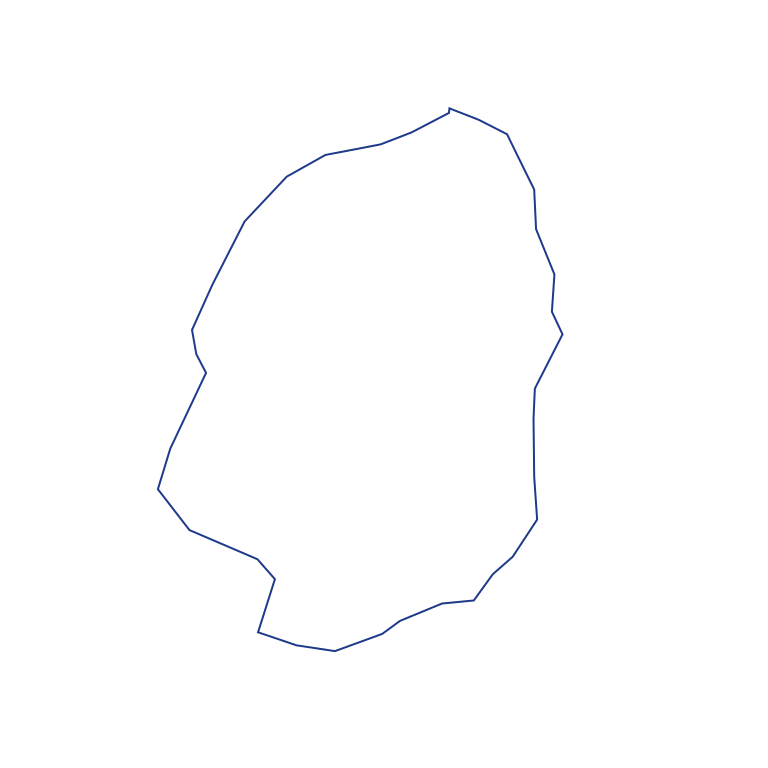 Olofström, Blekinge, Sweden, rotated 27°
{"feature_id": "70781695B37822340313581", "entity_name": "Olofström", "entity_type": "district", "adm_level": 2, "iso_a3": "SWE", "parent_name": "Sweden", "parent_adm1": "Blekinge", "projection": "mercator", "projection_center": [14.59, 56.351], "detail": "fine", "context": "isolated", "style": "outline", "palette": "blue", "viewbox_px": 768, "rotation_deg": 27, "n_neighbors": 0, "source": "geoboundaries", "source_scale": "gbopen_adm2", "svg_char_len": 669}
<svg xmlns="http://www.w3.org/2000/svg" viewBox="0 0 768 768"><g transform="rotate(27 384 384)"><path d="M190.3,425.5L203.2,442.6L220.4,454.9L222.9,538.6L230.3,580.4L235.6,582.9L277.0,602.5L350.8,597.6L375.4,607.4L384.5,662.4L424.6,656.6L461.5,644.3L462.2,643.6L495.9,607.4L505.8,587.8L535.3,553.3L562.3,536.1L567.3,504.1L577.1,479.5L582.0,435.3L559.9,398.4L532.8,346.7L520.5,319.6L520.5,258.7L500.8,243.4L486.1,209.0L449.2,177.0L429.5,142.5L409.8,127.8L398.7,119.5L380.3,105.6L348.3,105.6L317.2,108.7L318.8,113.0L294.2,147.5L272.1,172.1L227.8,206.5L203.2,243.4L186.0,302.4L186.0,373.8L188.4,423.0L190.3,425.5Z" fill="none" stroke="#1e3a8a" stroke-width="2"/></g></svg>